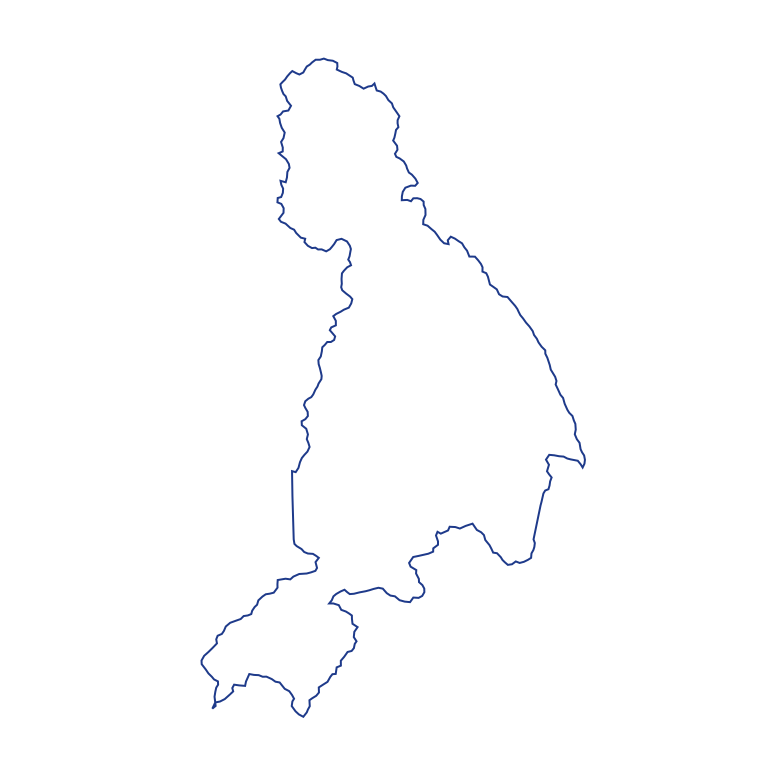 Apiaí, São Paulo, Brazil (Mercator projection), rotated 267°
{"feature_id": "56859067B63180596630366", "entity_name": "Apiaí", "entity_type": "district", "adm_level": 2, "iso_a3": "BRA", "parent_name": "Brazil", "parent_adm1": "São Paulo", "projection": "mercator", "projection_center": [-48.824, -24.415], "detail": "fine", "context": "isolated", "style": "outline", "palette": "blue", "viewbox_px": 768, "rotation_deg": 267, "n_neighbors": 0, "source": "geoboundaries", "source_scale": "gbopen_adm2", "svg_char_len": 5960}
<svg xmlns="http://www.w3.org/2000/svg" viewBox="0 0 768 768"><g transform="rotate(267 384 384)"><path d="M74.8,198.8L75.5,203.6L77.7,208.5L81.3,213.0L84.9,217.3L88.3,216.6L91.6,218.6L90.6,223.6L89.8,229.5L94.1,230.6L98.2,232.7L101.4,234.3L100.3,238.9L99.8,243.7L98.0,247.5L97.9,251.3L95.2,256.5L92.4,260.0L91.4,264.2L88.3,266.4L84.8,268.9L82.2,273.3L78.2,275.9L74.4,277.7L71.8,275.9L67.2,275.0L61.8,278.5L58.5,281.7L55.9,286.0L60.1,289.7L62.9,291.0L66.1,293.0L72.1,293.0L73.9,295.8L76.2,300.0L79.3,302.9L84.4,303.0L87.0,307.5L89.5,312.0L94.4,315.1L96.9,317.3L97.0,320.6L103.5,321.9L105.0,326.2L109.9,326.4L113.7,330.0L118.3,333.6L119.1,337.7L121.8,340.1L126.0,341.2L128.5,343.1L132.8,340.6L138.1,341.4L142.6,344.9L146.2,340.0L151.2,339.7L154.5,339.8L156.8,336.9L158.8,334.0L160.7,329.5L165.5,327.3L167.5,321.9L167.7,317.8L170.7,320.5L174.6,322.4L176.8,325.3L179.1,329.8L180.6,333.8L178.1,336.3L176.0,338.8L176.1,343.0L177.2,348.7L178.0,354.7L178.8,358.6L179.9,362.9L180.8,367.8L179.7,372.1L175.0,375.8L172.4,379.3L171.4,383.8L167.3,388.2L165.6,393.3L164.8,398.6L169.2,402.1L168.6,407.4L170.4,411.1L174.0,413.4L177.6,413.5L181.2,411.8L184.3,408.6L187.6,408.6L193.1,406.1L196.5,406.5L200.2,401.0L204.0,399.7L209.7,404.1L210.5,409.5L212.2,419.4L214.0,424.3L217.3,424.6L220.6,429.5L224.0,429.7L230.0,428.0L233.6,429.7L231.6,432.9L234.4,440.3L238.0,442.1L237.4,447.8L235.7,452.2L238.0,458.1L239.9,465.1L233.4,469.1L230.9,473.2L227.9,475.9L222.9,477.0L217.6,480.9L213.9,482.6L209.9,484.2L209.1,488.0L204.9,491.6L202.1,493.1L199.7,495.3L196.9,498.2L197.3,502.4L199.9,506.3L198.2,510.1L199.1,514.4L200.9,518.6L202.7,521.8L207.1,522.4L210.4,524.5L213.4,525.6L217.3,526.3L221.0,525.2L254.6,534.0L258.0,535.1L266.4,537.5L269.2,539.4L270.3,542.7L273.9,544.0L278.0,544.8L281.9,546.5L285.2,544.1L288.3,542.2L294.7,544.5L300.0,541.8L304.6,545.3L303.9,550.2L302.7,555.1L302.1,559.6L300.0,563.1L299.0,566.3L298.2,569.5L297.2,573.5L293.5,576.2L290.2,578.0L293.9,580.0L297.8,580.7L302.2,580.1L305.4,578.2L308.6,576.9L315.0,576.2L318.8,573.7L323.8,571.9L328.4,573.1L334.2,573.0L337.6,571.7L342.2,570.5L345.5,567.5L348.6,565.8L354.8,563.4L360.7,562.1L364.0,559.6L369.9,557.3L374.5,555.4L378.0,556.4L382.2,555.3L386.3,553.1L389.6,551.3L394.3,550.5L401.6,548.5L405.8,546.7L409.2,546.8L412.9,543.4L417.4,540.5L421.2,539.0L425.1,536.4L429.0,535.3L433.9,532.2L437.9,529.0L442.2,526.3L445.7,523.7L449.1,522.2L451.9,521.1L455.1,519.1L459.7,515.5L464.4,511.9L465.2,507.0L467.6,503.6L472.6,501.6L475.4,498.1L477.8,495.0L485.7,493.4L489.3,491.9L491.1,488.2L495.4,488.5L498.8,487.1L502.5,484.6L506.4,481.5L506.8,475.9L512.8,473.9L516.3,471.4L520.4,469.3L522.7,466.0L525.5,462.4L527.6,458.4L524.2,455.2L520.3,455.8L521.4,451.4L525.2,447.8L530.1,444.8L533.4,442.6L536.3,439.4L539.8,435.8L541.5,431.5L545.9,431.9L550.6,434.3L556.6,434.5L560.6,433.0L564.1,433.1L566.8,430.2L567.8,426.9L567.9,423.0L565.1,420.5L566.6,416.9L566.6,411.4L570.5,411.7L574.9,412.8L578.9,415.6L580.7,421.3L580.3,425.5L583.0,428.2L587.4,426.1L591.6,422.8L593.9,419.9L598.0,418.3L601.0,417.6L605.2,415.4L608.4,411.5L610.2,408.2L613.3,407.0L617.2,409.7L621.2,409.5L626.6,405.9L629.5,407.3L633.4,408.4L637.1,409.3L639.7,411.8L643.6,411.2L646.7,411.4L650.6,413.4L655.0,410.7L659.8,407.7L663.8,406.6L667.3,403.2L671.5,401.0L674.0,398.7L676.2,396.0L677.5,392.1L681.1,391.1L684.6,390.2L682.3,387.5L681.9,383.8L680.0,379.1L682.9,375.0L685.0,370.5L688.7,369.4L691.6,368.8L696.2,362.5L697.8,358.4L700.5,353.3L703.4,354.1L707.0,354.1L709.5,349.8L710.4,344.8L712.1,341.0L711.2,337.2L711.4,332.7L708.9,329.0L706.8,326.6L705.1,323.5L702.2,321.5L699.3,319.7L697.5,315.7L699.0,312.6L701.3,308.8L699.3,306.4L696.2,303.4L693.2,301.1L691.1,298.7L688.7,296.2L685.4,296.6L682.0,297.6L678.8,298.8L676.4,300.9L671.8,302.1L666.7,305.7L662.1,302.8L661.5,297.5L658.5,294.8L657.0,291.7L654.3,293.4L650.1,293.9L645.2,295.3L640.3,298.0L634.8,296.5L631.1,293.9L625.4,295.3L621.5,295.0L620.0,290.9L616.6,294.6L613.6,297.9L608.7,300.5L604.8,301.0L600.8,298.6L595.3,297.9L590.6,296.4L592.3,291.3L588.3,291.9L584.4,293.5L580.2,293.0L576.1,291.1L575.3,287.6L571.0,287.1L569.2,290.9L564.8,293.0L560.2,292.6L554.3,287.6L551.4,289.6L549.3,294.1L544.7,298.6L542.8,302.3L539.4,304.2L534.5,308.6L533.2,312.9L529.9,312.0L526.0,315.2L523.5,319.2L523.7,322.6L521.8,325.2L521.7,328.8L519.5,333.2L521.4,337.0L523.7,339.2L526.3,341.5L530.2,344.2L531.2,349.2L528.3,354.5L523.9,357.1L520.5,358.0L517.3,357.2L513.4,356.3L510.1,354.8L507.5,356.4L504.3,357.3L502.5,353.4L499.3,350.0L496.7,347.8L491.1,347.1L486.2,347.1L482.9,346.3L479.8,347.2L476.3,350.9L473.1,354.7L470.4,356.8L466.2,355.5L462.1,352.9L460.3,347.8L458.4,344.4L456.4,339.8L454.4,336.9L449.6,339.2L445.1,339.0L443.3,334.3L440.6,332.7L437.4,335.2L434.1,337.7L430.6,336.5L428.7,333.1L428.9,329.5L426.1,326.9L423.9,324.3L419.7,323.6L414.8,322.3L411.3,319.7L407.3,319.8L403.3,320.8L398.5,321.7L395.3,322.2L392.1,321.7L387.9,318.7L384.9,317.4L381.9,315.2L377.3,312.8L374.7,310.7L373.3,307.7L370.9,304.5L367.1,303.0L364.2,304.2L360.2,306.3L356.0,306.3L353.0,303.6L351.1,299.8L347.1,299.8L343.4,304.0L337.6,305.4L333.0,304.0L329.1,305.4L325.0,306.4L320.5,304.0L317.3,300.7L314.4,298.1L310.3,296.0L304.7,294.2L300.6,291.2L301.8,287.6L276.9,286.7L233.6,285.7L229.0,286.2L226.7,288.3L223.5,293.0L220.4,295.5L218.7,299.1L218.1,304.1L216.1,307.0L213.8,309.8L209.7,306.3L203.8,307.5L201.0,305.7L199.7,301.2L198.8,296.9L198.7,289.4L196.4,283.4L193.8,280.2L194.7,275.5L193.8,267.6L189.7,267.1L186.2,267.0L181.4,263.0L180.6,259.0L180.2,254.9L178.1,251.5L174.5,247.2L170.2,245.7L168.1,243.2L164.5,240.5L161.2,239.4L160.0,235.9L159.6,231.7L156.8,228.6L155.6,224.5L153.6,217.9L150.1,213.3L145.8,211.2L142.9,209.0L141.3,204.7L137.8,203.1L133.7,203.6L129.4,199.0L125.6,194.7L122.0,190.2L117.4,187.3L113.7,187.3L108.2,191.1L104.2,193.5L100.6,196.8L97.9,198.8L95.7,202.6L92.4,202.6L89.6,200.6L85.7,199.5L80.6,198.4L74.8,198.8ZM74.8,198.8L68.8,195.6L71.3,199.0L74.8,198.8Z" fill="none" stroke="#1e3a8a" stroke-width="2"/></g></svg>